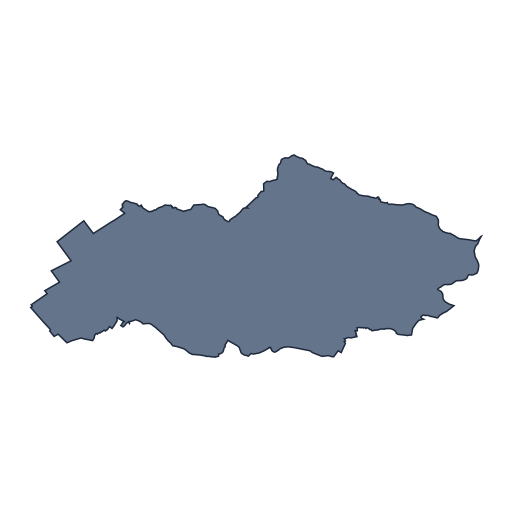 Frumoasa, Harghita, Romania (Equal Earth projection)
{"feature_id": "2599482B33040841725403", "entity_name": "Frumoasa", "entity_type": "district", "adm_level": 2, "iso_a3": "ROU", "parent_name": "Romania", "parent_adm1": "Harghita", "projection": "equal_earth", "projection_center": [25.919, 46.451], "detail": "fine", "context": "isolated", "style": "filled", "palette": "slate", "viewbox_px": 512, "rotation_deg": 0, "n_neighbors": 0, "source": "geoboundaries", "source_scale": "gbopen_adm2", "svg_char_len": 6100}
<svg xmlns="http://www.w3.org/2000/svg" viewBox="0 0 512 512"><path d="M66.9,342.8L71.9,340.7L80.9,338.0L83.7,338.8L92.6,340.6L94.2,338.0L94.4,337.1L94.4,336.4L94.8,335.2L96.2,333.5L97.3,334.2L98.2,333.3L99.4,332.6L99.9,333.0L104.3,330.1L105.3,331.0L107.0,329.9L107.8,329.2L107.8,328.9L109.5,326.6L112.0,328.5L113.8,326.1L117.0,321.0L117.1,320.5L117.0,317.4L117.4,317.4L119.1,318.9L124.2,321.5L123.1,322.2L122.4,323.0L121.2,325.1L120.8,325.5L122.9,326.9L123.9,326.3L125.3,324.8L126.4,323.3L128.7,321.7L129.4,323.6L129.6,323.3L129.4,323.0L129.2,322.1L130.5,321.4L133.1,320.7L135.6,319.7L138.8,320.9L141.4,322.3L143.0,323.9L148.6,323.4L150.9,324.0L155.7,327.6L164.0,335.0L166.0,338.2L168.3,340.9L171.0,343.3L171.3,344.0L172.8,345.8L176.7,346.5L183.7,348.7L185.6,349.9L189.3,353.0L192.3,354.4L199.8,355.0L204.7,355.8L206.1,356.4L209.0,356.4L211.3,356.8L215.5,357.1L218.6,356.1L218.7,353.9L220.6,353.7L222.8,352.1L223.3,351.1L224.0,348.2L225.2,346.7L225.1,344.8L226.0,343.6L227.8,340.4L237.4,345.8L239.1,347.4L239.4,347.9L241.1,352.7L241.7,353.4L244.2,355.0L247.2,355.6L247.5,356.0L248.5,356.1L251.0,353.5L253.5,354.1L259.4,352.9L264.3,350.7L268.8,348.1L268.8,347.6L269.8,347.3L270.5,347.5L270.4,347.9L270.9,348.2L271.0,349.0L271.5,349.3L271.7,350.2L272.4,351.1L273.1,351.6L274.8,352.2L275.9,351.7L277.5,350.8L277.5,350.6L278.0,350.5L280.6,348.4L281.8,348.2L282.4,347.7L284.1,347.2L288.2,346.8L294.6,347.7L309.6,350.7L310.9,351.3L311.8,352.2L313.4,353.0L321.9,356.3L325.1,356.1L326.9,355.7L328.6,355.7L330.0,356.0L331.3,356.6L333.7,356.8L338.1,350.8L341.2,352.6L345.4,343.4L344.2,341.8L345.5,341.0L344.9,339.6L344.3,338.7L345.3,338.6L348.3,337.5L351.1,337.9L357.0,336.6L356.9,336.1L355.9,334.9L355.9,334.3L356.4,334.0L355.1,330.7L357.3,330.8L357.4,329.9L357.1,327.7L359.9,327.5L361.1,327.8L361.4,327.6L362.4,327.5L363.2,328.0L363.6,327.7L364.0,327.8L364.4,327.7L365.7,327.9L365.9,328.4L366.4,328.0L367.5,327.9L368.7,328.5L368.9,328.8L369.4,329.1L369.9,329.6L370.9,329.5L372.0,330.8L375.6,330.1L377.9,330.0L380.4,329.1L381.7,329.0L384.4,329.2L385.3,328.7L387.3,328.7L387.8,328.5L389.8,328.7L390.3,328.5L394.4,330.2L395.9,331.9L396.2,333.2L398.1,334.4L406.4,335.3L407.0,335.6L410.4,335.0L411.3,335.1L411.5,335.0L412.7,328.4L416.2,323.3L418.8,320.4L423.6,319.2L421.6,318.3L420.9,316.9L421.2,316.3L422.5,315.6L423.1,315.0L423.6,314.9L425.3,315.6L427.5,315.3L430.9,316.5L433.8,316.9L434.4,317.3L435.5,317.4L437.0,318.0L437.5,317.8L438.2,317.4L439.1,315.9L440.2,314.9L443.1,313.1L446.5,311.5L454.0,305.7L449.4,304.2L445.9,302.2L445.0,301.5L444.1,300.5L443.1,298.7L442.9,296.9L442.9,295.6L442.5,293.5L441.2,291.5L437.8,289.6L437.7,289.3L438.2,288.6L439.1,287.9L440.7,287.1L443.3,285.1L444.1,284.7L445.2,284.5L447.6,284.6L450.3,284.4L451.6,284.0L452.6,283.4L456.2,280.8L462.2,280.5L463.9,280.0L466.5,278.7L467.0,278.0L468.0,275.7L468.4,275.1L469.1,274.8L471.2,275.0L473.0,274.9L476.9,273.2L478.2,270.1L478.7,266.5L478.7,265.1L478.5,263.8L477.2,260.5L475.2,256.9L474.2,251.4L474.4,249.8L475.5,246.5L476.3,245.4L477.7,243.9L479.8,238.9L481.3,236.3L480.7,236.6L479.3,238.3L476.8,240.4L476.1,240.8L475.3,240.9L468.6,239.7L459.4,238.6L456.9,237.4L454.1,235.5L451.5,234.2L450.5,233.4L448.4,233.3L445.0,232.4L444.1,231.9L443.2,231.7L442.8,231.6L442.2,230.8L440.4,229.5L439.2,227.5L438.3,225.3L438.2,224.5L438.4,223.7L438.4,219.9L437.7,218.6L436.4,216.5L435.8,216.1L432.7,215.1L428.1,212.9L424.9,211.7L420.0,208.7L416.7,207.4L415.8,206.8L415.1,206.0L413.9,205.0L412.2,204.1L409.2,203.6L406.1,204.0L402.9,204.9L401.7,205.0L396.5,204.7L391.5,204.1L389.4,204.3L388.5,204.1L387.6,203.5L387.1,202.5L385.6,202.9L384.7,202.8L382.2,202.1L381.0,202.1L380.5,201.3L380.4,200.8L380.5,200.2L379.9,199.5L379.4,199.3L379.7,199.1L379.5,198.8L378.7,198.6L378.1,197.4L378.5,197.2L378.2,197.0L377.9,196.9L376.1,198.2L375.3,198.2L374.1,197.7L372.6,197.4L370.7,197.3L369.7,196.6L367.7,196.1L364.0,195.9L359.0,194.9L357.8,193.7L356.9,193.3L356.9,192.8L355.7,191.5L353.7,190.3L352.1,189.6L346.9,186.5L344.8,184.2L343.8,183.5L342.5,183.3L340.4,180.9L339.6,179.7L338.0,179.0L336.7,177.6L336.0,177.4L333.2,179.8L332.6,179.3L330.7,178.7L332.1,175.5L333.1,174.0L333.5,173.0L333.1,172.9L331.9,172.1L329.5,171.4L326.9,171.4L325.1,170.9L322.5,169.1L320.2,168.3L317.8,167.1L315.4,166.9L312.2,165.7L309.4,164.2L307.4,163.9L306.0,161.0L305.0,159.9L304.5,159.9L303.9,159.5L303.4,158.8L302.0,158.2L299.7,157.9L298.9,157.4L296.9,156.7L294.0,154.9L293.4,155.4L292.0,155.5L290.3,156.9L289.2,157.6L287.4,158.1L286.4,157.8L285.1,157.8L282.2,159.0L281.5,159.5L281.0,160.7L280.6,162.9L280.4,163.3L278.9,164.6L277.7,168.0L277.4,169.9L277.9,173.2L277.9,174.7L277.5,176.3L277.4,177.4L277.2,177.4L277.1,179.3L274.8,180.2L273.8,180.1L269.5,181.6L266.8,181.3L263.6,183.8L263.8,190.9L262.4,191.6L261.3,191.3L257.9,195.3L258.2,196.7L257.2,197.7L256.3,197.6L246.3,207.1L247.6,208.0L244.4,208.0L243.2,208.4L239.5,212.9L237.7,214.2L235.7,216.2L234.0,217.1L230.1,219.7L229.7,220.8L228.9,221.7L226.3,220.8L225.1,220.0L223.5,218.4L222.9,216.8L219.3,214.9L218.7,214.2L217.8,211.8L217.6,210.9L215.2,208.4L213.2,207.8L208.0,206.6L204.8,204.4L202.9,204.2L201.5,204.5L193.8,205.0L190.8,209.4L186.5,210.4L186.0,210.9L185.1,210.7L183.7,211.5L183.5,211.2L176.9,209.0L176.7,208.1L175.0,207.3L173.6,208.1L172.4,207.7L172.6,206.9L172.1,206.5L171.7,206.5L171.3,205.6L170.3,205.2L169.1,205.6L168.0,205.2L166.9,205.4L165.9,205.0L164.7,205.1L162.2,206.7L160.4,207.1L160.2,207.4L158.7,207.7L157.6,208.6L157.0,208.8L156.8,209.2L155.4,210.1L154.5,209.9L153.8,210.4L152.1,211.1L151.9,211.5L151.1,211.3L149.5,211.9L148.2,211.1L147.6,211.2L146.0,209.9L142.9,208.0L142.2,206.6L141.6,206.6L141.4,206.0L141.5,205.6L141.2,205.1L139.5,206.4L137.4,204.9L137.4,204.3L134.6,203.3L130.3,202.3L128.1,201.2L126.1,200.7L124.5,201.6L123.0,203.6L122.8,204.3L122.3,204.3L122.4,206.0L122.7,206.6L123.1,206.9L120.3,209.7L124.7,213.3L115.4,219.6L110.5,222.5L93.3,233.5L83.8,220.8L57.1,241.7L71.1,260.8L51.3,270.8L59.5,282.2L44.8,290.7L47.2,293.7L31.2,304.8L32.4,306.4L30.7,307.5L43.8,322.4L50.3,329.4L50.1,330.6L49.7,331.0L54.1,336.4L58.2,334.2L66.9,342.8Z" fill="#64748b" stroke="#1e293b" stroke-width="1.5"/></svg>